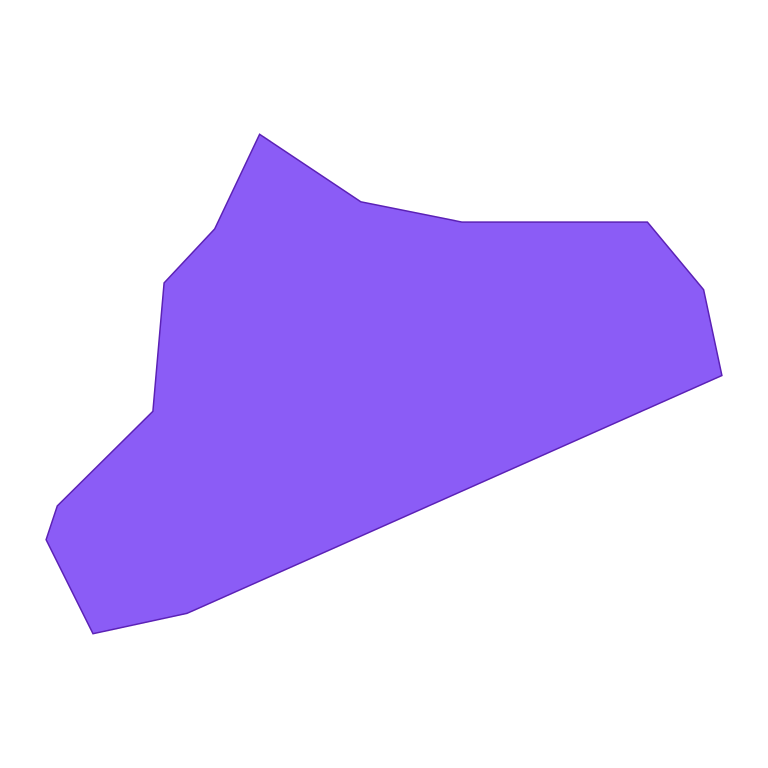 Għajnsielem, Robinson projection
{"feature_id": "MLT-5987", "entity_name": "Għajnsielem", "entity_type": "state/province", "adm_level": 1, "iso_a3": "MLT", "parent_name": "Malta", "parent_adm1": "", "projection": "robinson", "projection_center": [14.284, 36.025], "detail": "fine", "context": "isolated", "style": "filled", "palette": "violet", "viewbox_px": 768, "rotation_deg": 0, "n_neighbors": 0, "source": "natural_earth", "source_scale": "10m", "svg_char_len": 297}
<svg xmlns="http://www.w3.org/2000/svg" viewBox="0 0 768 768"><path d="M721.9,375.5L187.1,613.3L93.0,633.7L46.1,539.7L57.3,505.9L152.9,411.3L164.1,282.9L214.7,228.9L259.6,134.3L360.8,201.8L462.0,222.1L647.4,222.1L703.6,289.7L721.9,375.5Z" fill="#8b5cf6" stroke="#5b21b6" stroke-width="1.5"/></svg>